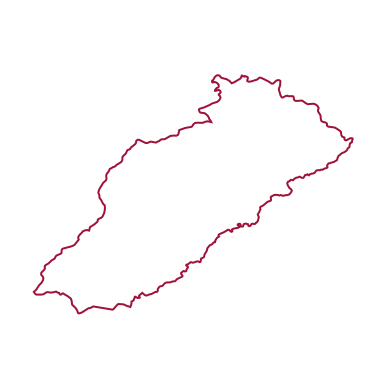 outline of Son Tay, Kon Tum, Vietnam, rotated 267°
{"feature_id": "81297802B56181672233009", "entity_name": "Son Tay", "entity_type": "district", "adm_level": 2, "iso_a3": "VNM", "parent_name": "Vietnam", "parent_adm1": "Kon Tum", "projection": "natural_earth1", "projection_center": [108.348, 14.969], "detail": "fine", "context": "isolated", "style": "outline", "palette": "rose", "viewbox_px": 384, "rotation_deg": 267, "n_neighbors": 0, "source": "geoboundaries", "source_scale": "gbopen_adm2", "svg_char_len": 6006}
<svg xmlns="http://www.w3.org/2000/svg" viewBox="0 0 384 384"><g transform="rotate(267 192 192)"><path d="M233.3,354.3L234.2,354.3L236.2,355.2L237.1,355.1L237.4,353.9L237.4,352.8L235.5,348.7L235.8,347.6L236.8,347.0L238.4,347.1L239.1,345.5L239.7,344.7L241.1,344.1L244.1,343.9L245.3,343.0L248.6,338.5L249.2,336.6L250.1,331.6L250.7,330.7L251.7,330.2L252.9,330.4L253.8,329.9L254.6,328.7L254.9,327.2L255.5,325.7L256.4,324.8L258.6,324.4L261.2,324.4L262.7,323.9L265.8,322.1L267.4,322.2L269.2,322.9L271.5,321.8L272.6,320.5L273.5,319.0L273.8,317.4L273.6,312.3L274.7,310.3L277.3,307.1L277.6,305.8L277.4,302.4L277.6,300.3L278.0,299.4L278.6,298.9L279.9,298.6L281.5,298.5L282.4,297.8L282.6,293.3L283.2,292.1L282.9,290.5L281.6,287.6L281.6,287.0L282.1,286.4L283.7,285.5L289.6,284.1L290.7,284.2L293.6,285.5L297.4,286.0L298.3,286.0L298.9,285.3L299.2,284.6L299.2,283.5L298.8,282.0L296.2,278.9L296.0,277.6L296.2,277.0L298.2,274.5L299.8,271.7L302.3,267.2L302.7,266.0L302.4,264.9L301.4,263.8L300.8,262.7L299.4,257.1L299.1,254.6L299.6,253.4L300.0,253.0L300.6,253.0L302.9,253.8L303.9,253.5L304.2,253.1L304.4,252.0L305.1,250.9L304.5,250.2L305.7,247.9L305.0,247.4L303.9,247.3L302.8,246.3L299.4,239.9L298.5,237.3L300.9,235.3L302.8,232.6L304.4,227.6L304.9,226.9L306.8,225.6L307.3,223.7L307.0,222.6L305.9,221.0L302.1,218.6L302.1,217.9L300.6,217.9L300.2,218.4L300.6,219.9L300.5,221.3L299.0,223.3L297.6,224.2L296.0,224.2L295.4,224.0L295.0,223.5L294.5,222.1L293.9,221.4L292.6,220.3L291.9,220.2L291.8,221.0L292.5,223.9L292.3,224.6L291.6,225.4L290.2,225.9L288.8,224.8L288.1,223.8L287.5,223.8L286.1,225.1L284.8,225.4L284.0,225.1L282.0,223.8L280.7,221.9L279.2,216.3L278.1,214.5L275.9,208.7L274.8,204.3L274.5,203.6L273.9,203.2L272.0,203.6L271.0,204.3L270.6,205.5L270.1,208.5L269.6,209.4L267.4,211.6L265.5,212.7L264.3,212.9L262.2,214.3L260.8,214.9L261.8,211.2L261.3,208.3L260.6,206.6L260.5,205.6L260.9,201.4L260.9,199.7L260.7,198.5L259.6,197.0L257.6,195.6L257.1,194.9L256.3,188.6L254.5,182.5L250.7,181.5L249.9,181.0L249.3,180.1L249.1,179.3L249.3,176.0L249.1,173.3L246.2,167.6L246.2,164.8L245.8,163.2L244.8,162.3L243.9,159.7L243.4,159.1L243.3,158.2L244.5,153.4L243.3,150.0L243.3,148.4L246.8,142.0L247.1,140.7L246.3,139.3L245.9,139.0L244.2,138.7L242.8,137.8L239.5,133.2L238.0,132.3L237.3,130.0L236.9,129.5L233.8,127.9L231.1,124.7L230.3,124.4L227.4,124.0L226.4,123.5L225.2,122.2L223.2,118.4L221.5,116.3L221.1,115.3L221.0,114.3L220.0,112.8L219.4,111.2L217.0,109.9L214.8,108.0L213.2,107.2L210.1,107.3L208.9,107.1L208.0,106.5L205.7,103.7L199.6,99.6L196.8,98.5L195.8,98.5L193.8,99.3L191.4,99.3L190.7,99.5L188.5,101.0L185.0,102.5L184.1,103.2L183.7,103.9L182.2,104.2L180.0,104.2L176.6,103.5L174.8,102.8L172.1,101.3L170.9,99.8L169.9,97.1L169.2,96.5L168.1,96.3L167.2,95.9L164.6,92.5L162.4,88.5L161.9,88.1L159.7,87.6L158.8,87.2L159.4,85.6L159.5,84.4L159.1,82.7L158.5,81.1L156.3,79.0L155.7,78.1L153.8,76.5L152.5,75.9L150.4,76.4L145.4,72.0L144.9,71.1L144.0,68.6L142.2,60.0L141.5,59.1L140.7,58.8L138.1,58.5L137.6,58.2L137.1,57.3L135.6,53.3L134.5,52.3L132.6,51.3L131.1,48.3L128.2,45.0L126.4,41.6L125.2,40.9L123.9,41.2L122.3,40.6L119.6,37.6L118.8,37.1L117.2,37.1L115.4,38.5L114.3,39.0L112.7,38.9L111.7,38.6L109.0,36.8L107.1,34.6L102.7,31.4L100.5,28.8L98.2,30.3L97.7,31.4L97.4,36.7L97.8,38.6L99.4,41.4L99.6,42.1L98.9,46.1L99.2,49.0L99.7,51.0L98.5,52.7L98.2,54.0L96.8,54.5L96.4,55.3L96.4,55.8L97.5,57.3L97.5,58.0L95.7,60.4L94.9,61.9L91.9,65.4L89.7,66.1L85.8,66.4L82.1,69.8L79.8,71.1L77.2,71.8L76.7,72.6L76.8,73.5L77.5,75.8L81.3,82.5L81.7,85.0L82.9,87.4L78.7,106.4L79.0,107.3L82.5,110.7L83.8,112.2L84.0,112.7L83.4,117.7L81.8,120.7L80.4,124.4L82.6,125.4L83.8,125.7L85.7,125.8L86.8,128.0L87.9,128.2L88.9,129.0L90.4,129.4L90.4,130.0L89.0,132.1L89.1,134.1L89.5,134.4L90.7,133.6L91.3,133.8L93.9,137.0L91.5,139.5L91.0,140.7L91.1,141.7L91.9,144.0L92.3,146.3L94.0,149.9L94.2,151.9L94.9,152.6L96.7,152.7L98.8,154.2L99.4,155.2L99.8,157.6L101.7,159.4L102.6,160.6L103.0,161.9L102.9,165.4L103.7,168.1L103.8,170.4L105.9,172.6L107.9,177.6L108.4,178.1L109.0,178.1L110.7,176.9L111.7,176.9L113.5,179.2L113.4,180.0L113.0,180.8L113.0,181.4L113.4,182.1L115.3,182.7L117.0,184.1L117.7,183.9L118.3,183.0L119.0,182.4L119.4,182.4L119.7,182.7L120.1,184.3L122.0,187.1L121.3,189.4L122.5,193.5L122.3,194.7L121.6,195.8L121.7,196.7L123.0,197.2L125.0,197.6L126.2,200.3L126.6,200.6L129.0,201.3L132.9,203.9L134.9,204.3L137.6,206.7L138.3,207.9L138.5,208.9L140.3,210.8L140.7,212.3L141.4,212.2L142.1,212.9L142.7,212.9L144.9,214.6L146.1,216.6L146.7,216.2L147.9,216.4L148.6,217.4L149.9,221.2L152.4,226.0L152.2,227.1L150.4,228.7L150.2,229.3L150.4,230.0L150.8,230.3L152.3,229.9L152.7,230.3L153.3,232.0L153.8,235.9L154.5,237.6L155.0,237.5L156.6,235.9L157.2,236.0L157.7,236.8L157.8,237.8L157.6,238.3L157.0,238.8L155.6,238.7L155.2,239.1L154.8,240.5L155.0,241.2L155.6,241.5L157.0,241.8L157.5,242.9L157.6,244.2L156.8,246.3L155.4,246.5L154.9,247.3L155.2,248.5L156.7,249.6L157.2,250.4L156.8,252.6L157.0,253.6L157.9,254.2L158.2,255.1L160.0,256.4L163.4,257.4L166.0,256.5L167.1,257.0L168.4,258.1L169.5,258.5L170.9,259.4L173.1,259.2L173.8,260.1L174.7,262.2L178.3,267.0L179.1,270.0L179.9,270.5L182.9,270.4L183.2,270.7L184.7,273.9L184.8,275.1L184.6,277.4L183.9,278.9L184.3,280.1L184.2,280.9L183.4,282.6L183.9,284.9L183.9,286.9L184.4,288.9L185.6,290.2L187.6,291.6L188.4,291.7L189.5,291.1L191.0,289.4L194.0,287.9L195.4,287.6L196.2,287.7L197.2,288.4L197.6,289.8L199.0,291.2L198.4,293.5L200.1,295.1L200.2,295.9L200.8,296.7L201.1,298.8L201.7,300.0L201.6,300.5L200.6,301.9L200.3,303.8L201.2,304.8L202.7,305.6L203.1,306.1L203.1,307.1L203.6,308.4L202.7,309.1L202.5,309.7L203.5,310.7L204.1,312.6L204.1,313.8L204.7,315.5L206.4,316.7L207.0,317.5L207.3,319.6L207.0,320.7L207.6,322.3L207.4,323.7L208.4,325.4L209.0,327.9L209.7,328.6L211.0,328.3L211.8,328.5L213.3,329.7L213.5,330.2L213.5,331.4L214.0,332.4L214.5,335.1L216.3,338.5L218.5,339.2L220.3,340.1L222.8,343.5L223.9,346.4L225.2,348.5L226.0,349.2L227.4,349.8L228.4,351.3L229.0,351.7L230.8,351.9L232.3,352.4L233.3,354.3Z" fill="none" stroke="#9f1239" stroke-width="2"/></g></svg>